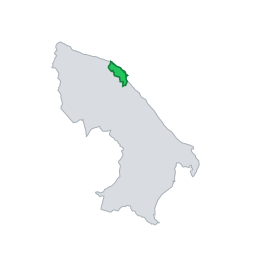 Peru, with Ica highlighted, rotated 165°
{"feature_id": "PER-589", "entity_name": "Ica", "entity_type": "Department", "adm_level": 1, "iso_a3": "PER", "parent_name": "Peru", "parent_adm1": "", "projection": "natural_earth1", "projection_center": [-75.673, -14.21], "detail": "fine", "context": "in_parent", "style": "filled", "palette": "green", "viewbox_px": 256, "rotation_deg": 165, "n_neighbors": 0, "source": "natural_earth", "source_scale": "10m", "svg_char_len": 6593}
<svg xmlns="http://www.w3.org/2000/svg" viewBox="0 0 256 256"><g transform="rotate(165 128 128)"><path d="M176.0,73.4L176.0,74.2L175.2,74.5L174.5,74.0L173.4,74.2L171.9,72.5L168.1,72.7L166.5,74.7L164.0,75.1L161.3,76.0L158.2,76.4L153.4,79.5L152.3,80.7L150.1,82.6L148.3,83.2L147.4,88.8L145.7,92.1L145.0,93.9L146.0,96.6L145.9,97.9L145.0,99.0L144.2,99.1L142.5,100.3L140.1,102.8L139.6,104.7L140.4,107.2L140.1,107.5L138.1,108.0L138.2,109.4L137.7,109.9L139.4,111.9L140.4,112.4L140.5,112.9L140.3,113.4L139.9,113.6L139.9,114.1L141.1,115.6L142.0,118.6L143.8,120.0L143.8,121.0L144.3,122.0L145.3,122.7L147.4,125.7L147.5,127.1L145.2,130.3L148.9,130.3L153.1,131.4L153.6,131.9L154.1,133.3L154.2,134.3L155.0,135.0L154.9,136.8L160.3,136.8L163.8,136.4L169.5,131.0L170.4,130.6L169.9,131.7L169.9,132.6L170.2,133.5L169.5,134.8L169.4,147.9L170.4,147.2L171.8,148.4L172.7,148.4L175.8,147.0L179.4,147.2L187.8,164.3L187.0,165.4L187.0,166.3L186.0,167.0L185.0,168.4L184.9,175.2L184.0,177.3L184.5,178.3L184.9,180.5L185.7,181.8L185.9,182.6L185.8,182.9L184.6,183.7L184.5,184.9L182.4,187.3L182.0,189.0L181.2,189.5L181.1,191.3L182.9,194.4L181.7,196.1L180.6,198.8L182.4,204.4L183.2,205.2L184.0,205.2L185.3,205.6L185.9,206.5L184.4,207.5L184.1,208.0L184.2,209.8L182.5,211.2L180.3,214.7L179.7,214.9L178.5,216.0L178.3,216.5L178.5,217.0L179.5,218.1L179.6,219.3L177.9,220.9L176.8,221.1L176.4,221.5L176.8,223.7L176.8,224.7L176.4,225.8L175.6,227.1L173.2,228.4L171.0,228.6L167.3,225.4L166.2,224.0L162.5,221.3L161.9,218.4L160.7,217.0L158.4,216.0L156.6,214.5L155.3,213.8L151.9,210.6L148.9,209.5L143.2,206.1L140.2,205.0L136.2,201.8L134.1,200.9L132.4,199.4L127.3,196.3L126.5,195.3L125.7,193.7L124.5,192.8L123.2,190.6L121.3,189.4L119.5,187.7L117.2,183.2L116.1,182.2L116.1,180.2L115.3,179.2L116.4,178.6L117.1,175.4L116.8,173.8L114.1,169.6L113.6,167.8L111.7,164.5L111.0,162.6L109.5,161.1L108.8,159.9L108.0,159.4L107.9,157.9L107.3,155.0L106.5,153.6L103.4,150.9L103.1,148.0L102.5,145.9L98.2,137.7L95.7,129.8L93.7,125.4L92.8,122.9L92.7,121.6L91.2,119.2L90.3,117.1L86.9,113.0L84.9,108.4L84.6,107.0L83.2,104.5L81.0,101.3L79.9,99.9L73.3,95.9L70.1,93.4L69.8,92.2L69.9,91.4L70.6,90.7L71.5,91.3L72.1,91.1L72.6,90.2L72.6,88.8L72.0,87.0L69.9,83.7L70.4,82.1L68.2,78.2L68.7,74.4L69.2,73.4L72.4,69.5L73.3,67.9L74.7,66.9L76.1,65.3L77.8,64.1L78.3,64.5L78.8,66.6L78.7,68.0L79.2,69.5L78.0,70.9L76.8,70.6L76.3,71.0L76.1,71.6L76.3,72.7L76.6,73.1L77.6,73.1L76.3,75.2L76.4,75.6L77.3,75.9L78.1,75.4L79.0,74.3L79.6,74.1L82.8,76.1L84.3,75.8L85.5,76.8L85.6,78.2L87.3,81.0L89.7,81.7L90.1,81.5L90.6,80.4L91.2,80.3L91.3,78.7L93.4,77.0L93.7,75.9L93.4,75.1L93.4,74.4L94.6,70.7L95.0,70.3L95.4,69.1L95.9,68.4L96.6,64.2L97.2,64.2L97.7,65.2L98.4,65.0L98.0,64.0L98.1,63.7L100.4,60.4L101.2,59.7L112.4,55.1L118.0,50.4L122.9,43.7L124.4,37.1L125.0,37.6L125.9,37.4L125.6,34.7L125.9,33.4L125.8,33.0L124.3,31.4L123.7,29.7L122.3,28.7L122.4,28.3L123.8,28.7L125.1,28.5L126.2,27.4L127.0,27.5L128.8,29.0L130.2,29.1L130.6,30.2L132.0,31.0L133.8,33.3L134.7,35.8L134.6,36.3L135.5,37.6L137.3,38.2L139.1,40.1L141.0,40.6L141.8,42.3L142.3,42.9L142.6,43.8L142.3,44.9L142.6,45.5L144.0,46.5L145.2,46.6L145.4,47.0L146.1,49.8L145.7,51.2L145.8,51.9L147.4,52.6L147.8,53.2L149.1,53.3L150.8,52.8L153.0,53.6L154.7,53.3L155.5,53.1L156.3,52.5L156.9,52.5L158.6,50.7L159.1,50.6L161.0,51.4L162.5,52.6L164.4,52.3L165.2,51.6L166.6,51.2L169.1,52.6L169.6,53.3L170.3,53.5L172.9,55.0L173.4,55.5L174.8,56.1L175.1,56.6L175.0,57.1L168.8,68.4L170.7,69.4L172.5,68.8L173.4,69.6L174.1,71.4L175.6,72.6L176.0,73.4Z" fill="#d9dde1" stroke="#a8b0b8" stroke-width="1"/><path d="M127.5,196.6L127.4,196.3L127.3,196.2L127.1,196.2L126.9,196.1L126.7,196.1L126.7,195.9L126.5,195.7L126.8,195.6L126.8,195.4L126.7,195.2L126.4,195.0L126.0,194.8L125.8,194.5L126.0,194.5L126.1,194.3L126.1,194.2L125.5,193.5L125.3,193.4L124.9,193.3L124.7,193.2L124.5,192.8L124.1,192.1L124.0,191.8L124.0,191.7L123.6,191.5L123.5,191.3L123.5,190.9L123.1,190.5L122.3,190.1L122.1,189.9L121.9,189.8L121.6,189.6L121.2,189.2L120.8,189.0L120.7,188.9L120.4,188.7L120.2,188.5L120.2,188.4L119.6,188.0L119.5,187.9L119.5,187.6L119.5,187.4L119.5,187.1L119.4,186.9L119.2,186.6L119.1,186.4L119.2,186.2L119.0,185.8L118.8,185.7L118.5,185.5L118.4,185.3L118.2,185.0L118.1,184.9L117.8,184.8L117.7,184.8L117.6,184.7L117.5,184.3L117.8,184.3L117.8,184.2L117.7,183.8L117.6,183.6L117.6,183.4L117.5,183.2L117.3,183.1L117.2,183.1L117.1,182.9L117.0,182.7L116.8,182.5L116.5,182.4L116.5,182.6L116.3,183.0L116.1,182.6L116.2,182.3L116.2,181.9L116.1,181.6L116.2,181.4L116.3,181.3L116.3,181.2L116.2,180.8L116.2,180.6L116.3,180.6L116.3,180.3L116.2,180.1L116.1,179.9L116.1,179.7L115.9,179.6L115.9,179.8L115.7,179.8L115.3,179.7L115.2,179.7L115.2,179.4L115.3,178.9L115.4,178.6L115.5,178.6L115.8,178.4L116.0,178.4L116.1,178.5L116.0,178.8L116.1,179.0L116.4,179.2L116.5,179.1L116.5,178.9L116.5,178.6L116.7,178.1L116.7,177.8L116.7,177.6L116.8,177.3L116.9,176.9L117.0,176.6L117.1,175.7L117.1,174.9L117.0,174.4L116.8,173.7L116.5,173.3L117.0,172.9L117.1,172.6L117.5,171.9L118.9,170.5L119.0,170.4L119.2,169.9L119.3,169.7L119.5,169.8L119.9,170.0L120.1,170.1L120.8,170.1L121.7,169.9L121.8,169.9L122.0,169.7L122.3,169.5L122.4,169.8L122.3,170.0L122.2,170.2L122.1,170.3L121.7,170.6L121.6,170.8L121.7,171.6L121.7,171.9L121.6,172.1L121.6,172.3L121.3,172.4L121.2,172.5L121.1,173.0L120.9,173.5L120.7,173.8L120.7,174.0L120.8,174.1L121.1,174.3L121.7,174.2L121.9,174.2L122.1,174.2L122.4,174.3L122.9,174.6L123.1,174.6L123.5,174.6L123.7,174.9L123.4,175.6L123.3,175.8L123.2,176.0L123.3,176.7L123.4,176.9L123.4,177.0L123.1,177.8L123.0,178.0L123.0,178.3L123.2,178.6L123.2,178.8L123.1,179.0L123.2,179.4L123.2,179.5L123.4,179.6L123.9,179.9L124.0,180.0L124.3,180.2L124.5,180.3L125.0,180.3L125.2,180.5L125.4,180.6L125.9,181.0L126.3,181.6L126.6,181.6L126.8,181.7L127.0,181.7L127.3,181.8L127.4,182.0L127.6,182.3L127.5,182.5L127.5,182.8L127.5,183.0L127.6,183.4L127.7,183.6L127.6,183.8L127.3,184.6L127.2,184.7L127.1,184.9L127.0,185.1L127.2,185.3L127.6,185.6L127.7,185.8L127.8,186.0L127.6,186.7L127.7,187.1L127.8,187.4L127.8,187.5L128.4,187.4L128.5,187.4L128.8,186.9L129.0,186.8L129.3,186.9L129.4,187.0L129.5,187.2L129.6,187.3L129.7,187.5L129.7,187.9L129.7,188.0L129.8,188.2L129.9,188.3L130.3,188.6L130.4,188.8L130.5,189.1L130.5,189.5L130.6,189.8L130.8,190.0L130.9,190.3L131.1,190.6L131.1,190.8L131.2,191.2L131.2,191.6L131.1,191.8L130.8,192.7L128.8,194.1L128.6,194.4L128.3,195.1L128.2,195.2L128.1,195.5L127.5,196.6L127.5,196.6ZM114.7,178.9L114.7,179.0L114.4,179.1L114.5,179.0L114.5,178.9L114.7,178.9ZM117.0,183.6L117.1,183.8L117.2,184.0L116.9,183.8L116.8,183.6L117.0,183.6Z" fill="#22c55e" stroke="#15803d" stroke-width="1.5"/></g></svg>